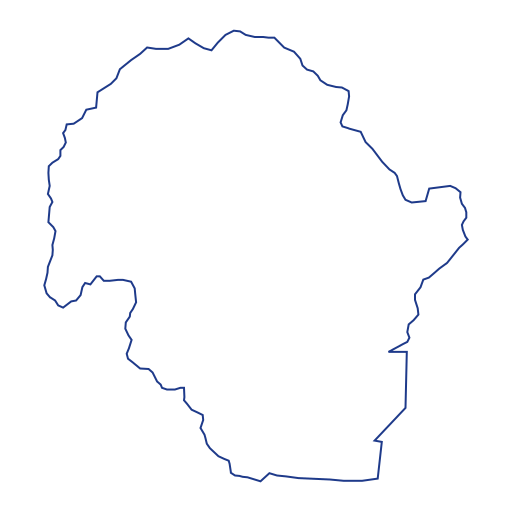 outline of Kuala Pilah, Negeri Sembilan, Malaysia
{"feature_id": "92858781B70284069917848", "entity_name": "Kuala Pilah", "entity_type": "district", "adm_level": 2, "iso_a3": "MYS", "parent_name": "Malaysia", "parent_adm1": "Negeri Sembilan", "projection": "mercator", "projection_center": [102.206, 2.725], "detail": "fine", "context": "isolated", "style": "outline", "palette": "blue", "viewbox_px": 512, "rotation_deg": 0, "n_neighbors": 0, "source": "geoboundaries", "source_scale": "gbopen_adm2", "svg_char_len": 2478}
<svg xmlns="http://www.w3.org/2000/svg" viewBox="0 0 512 512"><path d="M66.7,124.4L65.4,130.0L63.1,133.1L64.9,138.0L65.8,142.5L63.6,147.0L60.4,150.1L60.4,155.9L58.2,159.1L52.4,162.7L48.8,166.2L48.4,172.9L48.8,179.7L49.7,185.9L47.9,194.0L51.0,198.5L52.4,202.0L49.7,207.0L48.4,222.2L53.3,227.1L55.5,231.1L54.2,238.3L52.4,245.0L52.8,249.9L52.4,255.3L47.9,266.9L47.5,272.7L46.1,279.0L44.3,285.3L46.6,293.3L50.1,297.4L50.3,297.4L55.1,300.5L58.2,305.4L63.1,307.6L71.2,301.4L76.1,300.5L80.6,295.1L82.4,287.1L85.1,283.0L90.4,284.4L96.7,276.3L99.8,276.3L103.8,280.8L109.7,280.8L117.7,279.9L123.1,279.9L131.1,281.7L134.7,288.4L135.2,293.8L136.1,302.3L132.9,309.0L130.2,313.0L129.8,316.6L125.8,322.4L125.3,328.7L128.5,335.4L131.6,339.9L128.9,348.4L126.7,353.7L128.0,358.7L132.5,362.2L140.1,368.5L148.6,369.0L152.6,372.5L157.1,381.5L160.7,384.6L162.0,387.8L166.9,389.5L175.0,389.5L180.4,387.8L184.0,387.8L184.4,397.1L184.0,400.3L187.1,403.9L191.6,409.7L197.4,412.4L202.7,415.0L203.2,420.0L200.5,428.0L204.5,434.7L205.4,437.9L206.8,443.7L209.9,448.2L218.4,456.2L224.2,458.9L228.7,460.7L229.6,463.8L230.8,471.7L230.9,472.8L235.0,475.5L239.4,475.9L242.6,476.8L247.5,477.3L260.5,481.3L269.4,473.2L277.0,475.5L286.0,476.4L298.5,478.1L329.8,479.5L343.7,480.8L354.0,480.8L362.1,480.8L377.7,478.6L381.8,441.9L374.6,440.6L405.5,407.9L406.8,351.9L388.5,351.9L403.1,344.0L407.3,341.9L409.4,337.7L407.3,332.1L408.7,324.4L413.6,320.2L418.4,314.6L417.7,308.3L415.0,299.9L415.0,294.3L420.5,287.3L423.3,279.6L428.9,277.6L433.8,273.4L439.4,268.5L447.1,262.9L452.7,255.9L459.2,247.7L462.8,244.5L467.7,239.6L465.4,236.5L462.8,229.8L461.9,224.9L463.6,221.3L466.3,217.7L466.3,212.3L465.0,207.9L461.9,203.8L460.1,197.6L460.5,192.2L455.6,188.2L450.2,185.9L429.2,188.6L425.6,201.1L411.7,202.5L405.5,199.8L402.8,195.3L400.5,189.1L398.8,183.2L397.0,176.1L394.7,172.9L389.4,169.4L382.2,161.8L372.4,148.8L365.6,142.1L360.7,131.8L349.1,128.6L348.2,128.2L342.4,126.4L340.6,122.4L342.8,115.2L346.4,110.3L347.7,104.5L349.1,96.4L348.6,91.1L341.9,87.5L336.1,87.0L327.2,84.8L320.4,80.3L317.8,75.8L313.3,71.4L307.0,69.6L302.5,65.5L300.3,58.8L294.0,51.7L284.2,47.6L274.4,37.7L268.8,37.7L263.2,37.0L254.8,37.0L245.7,34.9L240.1,31.4L233.8,30.7L225.5,34.9L217.8,42.6L211.5,50.3L203.8,48.2L195.4,43.3L188.4,38.4L179.3,44.7L168.1,48.9L156.2,48.9L147.1,47.5L140.2,53.8L131.1,60.1L119.9,69.2L116.4,78.3L110.8,83.9L97.5,92.3L96.1,107.6L86.3,109.7L82.1,118.1L73.7,123.7L66.7,124.4Z" fill="none" stroke="#1e3a8a" stroke-width="2"/></svg>